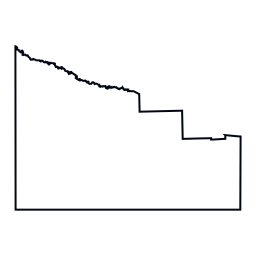 General Roca, Córdoba, Argentina (Robinson projection)
{"feature_id": "61730980B65942785311638", "entity_name": "General Roca", "entity_type": "district", "adm_level": 2, "iso_a3": "ARG", "parent_name": "Argentina", "parent_adm1": "Córdoba", "projection": "robinson", "projection_center": [-64.642, -34.475], "detail": "fine", "context": "isolated", "style": "outline", "palette": "ink", "viewbox_px": 256, "rotation_deg": 0, "n_neighbors": 0, "source": "geoboundaries", "source_scale": "gbopen_adm2", "svg_char_len": 4858}
<svg xmlns="http://www.w3.org/2000/svg" viewBox="0 0 256 256"><path d="M15.6,209.7L240.3,209.7L240.6,136.5L236.4,136.2L225.2,135.1L225.3,135.2L225.3,138.8L214.0,139.5L211.1,139.5L211.1,138.2L200.5,138.4L182.7,138.9L182.1,110.7L139.6,111.7L139.2,94.1L133.6,91.2L130.8,91.2L130.0,91.0L129.8,91.2L129.6,91.2L129.0,91.1L129.0,90.9L128.5,90.7L128.2,90.8L128.0,91.0L127.9,90.8L128.0,90.7L128.3,90.6L128.1,90.2L128.3,89.9L128.1,89.6L127.6,89.4L127.2,89.8L126.9,89.7L127.0,89.6L126.8,89.6L126.5,89.8L126.1,89.9L125.6,89.6L125.6,89.4L125.4,89.4L125.2,89.6L125.2,89.8L124.9,90.0L124.6,90.0L124.5,89.8L124.7,89.7L124.3,89.5L124.1,89.7L123.9,89.6L123.6,88.8L123.1,88.6L123.1,88.3L123.1,88.1L122.8,87.8L122.6,87.8L122.4,87.3L122.2,87.6L122.3,88.0L122.1,88.0L121.9,88.1L121.4,88.0L120.5,88.5L120.4,88.5L120.3,88.3L120.2,88.3L119.9,88.8L119.6,89.0L119.4,89.2L119.1,89.1L118.7,89.0L118.3,88.9L118.2,88.5L117.8,88.2L117.4,88.2L116.5,87.8L116.5,87.7L116.3,87.2L115.0,87.2L114.3,86.9L114.1,87.0L113.8,87.0L113.7,87.3L112.8,87.4L112.2,87.2L112.2,87.6L111.8,87.7L111.7,87.4L111.5,87.6L111.3,87.8L110.5,87.6L110.3,87.7L110.2,87.7L110.3,87.2L110.2,87.1L109.8,87.3L109.6,87.3L109.5,87.1L109.4,87.0L109.7,86.7L109.7,86.4L109.4,86.3L109.2,86.4L109.1,86.2L108.9,86.2L108.7,86.4L108.6,86.6L108.3,86.6L108.1,86.8L107.9,86.8L107.6,87.0L107.5,87.5L107.4,87.7L107.3,87.8L107.6,87.8L107.7,88.1L107.9,88.3L107.7,88.6L107.3,88.6L106.8,88.3L106.7,88.1L106.3,88.2L106.2,88.1L106.0,87.5L106.0,87.2L105.5,86.9L105.4,86.8L105.2,86.6L105.2,86.4L105.5,86.2L105.4,86.0L105.2,86.0L104.9,86.1L104.6,86.3L104.3,86.3L103.9,86.2L103.4,86.2L103.1,86.3L102.9,86.5L102.6,86.3L102.4,86.5L102.0,86.3L101.5,86.3L101.3,86.4L101.0,86.3L100.4,86.8L100.0,86.8L99.4,86.5L99.2,86.1L99.5,85.5L99.5,85.2L99.2,84.7L98.4,84.7L97.7,84.4L97.2,83.9L96.7,83.7L95.1,83.7L95.0,83.9L94.7,84.1L94.4,83.8L94.5,83.6L94.4,83.3L94.0,82.7L93.2,82.5L93.0,82.3L92.6,82.5L92.5,82.3L92.3,82.3L92.1,82.5L91.8,83.2L91.4,83.5L91.1,83.9L90.2,83.8L89.5,83.8L89.0,83.6L88.7,83.3L88.4,82.3L88.5,81.8L88.5,81.7L88.2,81.6L87.8,81.7L87.3,82.1L87.5,82.3L87.4,82.4L87.3,82.6L87.1,82.6L86.7,82.2L86.7,81.6L86.1,81.2L85.9,81.2L85.8,80.9L85.5,80.6L84.9,80.6L84.4,80.9L83.6,80.9L83.2,80.7L82.7,80.7L82.2,80.4L81.9,80.2L80.9,79.8L80.8,80.1L80.7,80.1L80.4,79.9L80.2,79.9L80.1,80.1L80.1,80.4L79.9,80.5L79.5,80.2L79.4,80.0L79.5,79.6L79.9,79.3L79.9,79.2L79.7,79.0L79.1,79.1L78.8,79.2L78.6,79.2L78.5,79.3L78.5,79.6L78.3,79.8L77.6,79.3L77.2,79.0L76.6,78.8L76.3,78.2L75.8,78.1L75.7,78.0L76.0,77.6L76.3,77.6L76.5,77.4L76.8,77.5L76.9,77.3L77.0,76.9L76.8,76.3L76.8,76.2L76.5,76.1L76.0,75.9L75.8,75.9L75.8,75.6L75.6,74.9L75.1,74.7L74.8,74.8L74.6,74.7L74.3,74.5L74.1,74.2L73.6,73.8L73.0,73.4L72.1,73.3L71.8,73.0L71.8,72.7L71.5,72.5L71.4,72.3L71.5,72.2L71.4,72.0L70.7,71.9L70.4,72.0L70.3,72.3L70.0,72.2L69.8,72.5L70.0,72.8L70.0,73.0L70.5,73.3L70.3,73.5L69.4,73.8L69.1,73.8L68.9,73.9L68.7,73.4L68.1,72.7L68.1,72.4L68.4,72.0L68.2,71.5L67.6,71.2L66.1,71.2L65.3,70.9L65.2,70.8L65.0,70.0L64.8,69.7L64.6,69.6L64.5,69.2L64.2,68.9L63.3,68.5L62.8,68.1L62.2,68.4L62.0,68.6L61.8,68.1L62.1,67.3L61.9,67.1L61.6,67.0L61.1,67.2L60.8,67.7L60.5,67.9L60.4,68.1L60.1,68.1L59.7,67.8L59.4,67.6L59.1,67.6L59.0,67.8L59.0,68.1L58.9,68.3L58.7,68.5L58.4,68.6L58.2,68.5L58.3,68.2L58.2,67.6L58.1,67.3L57.8,67.0L57.5,66.8L56.6,66.9L56.3,67.1L55.9,67.1L55.7,66.8L55.7,66.1L55.6,65.9L55.0,65.5L54.9,65.2L54.8,64.6L54.9,64.4L55.0,63.8L54.8,63.5L54.6,63.5L54.5,64.1L54.3,64.3L54.0,64.1L53.9,63.6L53.9,63.3L53.8,63.2L52.5,63.2L51.9,63.2L51.3,62.9L50.8,63.0L50.3,62.7L50.0,62.7L49.8,62.8L49.7,62.9L49.6,63.3L49.6,63.6L49.5,64.3L49.4,64.4L49.0,64.5L48.8,64.4L48.6,64.0L48.1,63.7L47.9,63.5L47.9,63.3L48.3,62.9L48.3,62.7L48.2,62.5L47.6,62.1L47.2,62.2L46.9,62.2L46.1,61.9L46.1,62.0L46.0,62.4L45.2,62.2L44.5,62.4L43.9,62.2L43.6,61.7L43.3,61.5L43.2,61.3L42.7,61.1L42.0,60.6L41.5,60.6L41.2,60.7L40.6,60.8L40.4,60.9L40.4,61.3L40.0,61.1L39.8,60.5L39.4,60.3L38.8,60.4L37.8,60.3L37.2,60.4L36.3,60.3L35.4,59.7L34.4,59.5L33.8,59.2L33.5,58.9L33.2,58.9L33.0,59.3L32.8,59.6L31.9,59.4L31.0,59.8L30.6,59.4L30.3,58.9L29.9,58.4L29.7,57.7L28.7,57.1L28.5,56.9L28.0,56.1L27.8,55.5L27.6,55.3L27.4,55.3L26.8,55.6L26.0,55.3L25.8,55.3L25.7,55.0L25.3,54.9L25.1,54.6L24.9,54.5L24.5,54.7L24.1,54.8L23.7,54.6L23.4,54.6L23.2,54.9L23.1,55.0L22.9,55.1L22.7,55.0L22.5,54.8L22.5,54.6L22.8,54.2L22.9,53.6L22.8,53.4L22.6,53.2L22.4,53.0L22.7,52.8L22.9,52.9L23.1,52.6L23.1,52.4L22.8,52.3L22.9,51.8L22.6,51.3L22.4,51.2L22.5,50.9L22.2,50.6L21.8,50.7L21.7,51.0L21.8,51.3L21.6,51.5L21.5,51.8L21.4,51.9L21.2,51.9L21.1,52.3L20.9,52.4L20.7,52.3L20.1,51.6L19.5,51.4L19.4,51.3L19.3,51.0L19.2,50.9L19.1,50.7L19.2,50.4L18.8,50.3L18.5,50.2L17.7,49.5L17.2,49.6L17.0,49.3L17.1,49.1L17.0,48.4L17.1,48.2L17.2,47.8L16.8,47.4L16.8,47.2L16.7,47.1L16.3,47.2L16.0,46.9L15.9,46.5L15.8,46.4L15.4,46.3L15.6,209.7Z" fill="none" stroke="#020617" stroke-width="2"/></svg>